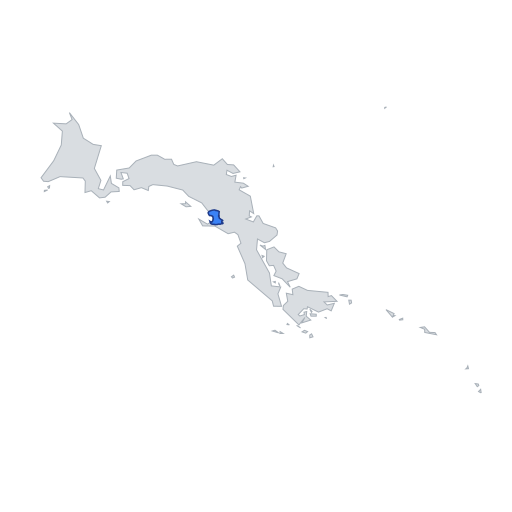 Japan, with Toyama highlighted, rotated 260°
{"feature_id": "JPN-1846", "entity_name": "Toyama", "entity_type": "Prefecture", "adm_level": 1, "iso_a3": "JPN", "parent_name": "Japan", "parent_adm1": "", "projection": "robinson", "projection_center": [137.15, 36.624], "detail": "fine", "context": "in_parent", "style": "filled", "palette": "blue", "viewbox_px": 512, "rotation_deg": 260, "n_neighbors": 0, "source": "natural_earth", "source_scale": "10m", "svg_char_len": 5369}
<svg xmlns="http://www.w3.org/2000/svg" viewBox="0 0 512 512"><g transform="rotate(260 256 256)"><path d="M356.9,131.9L364.8,133.8L364.7,146.4L370.4,154.4L373.5,170.5L372.4,176.4L367.1,182.9L366.0,189.6L360.5,190.9L358.3,194.4L359.2,213.7L352.8,230.2L357.6,239.7L351.1,243.7L349.6,249.8L341.7,254.8L341.3,247.7L345.5,242.3L341.4,240.9L338.6,245.6L339.0,250.4L332.4,248.0L329.9,256.2L326.0,260.4L325.4,253.7L327.0,252.8L324.1,250.9L315.9,260.8L298.2,261.1L301.6,257.5L296.7,256.3L295.3,258.2L294.2,252.3L290.0,259.3L295.4,263.8L295.0,265.9L286.8,268.7L280.3,280.2L276.8,281.6L273.0,280.3L268.0,271.8L267.6,266.6L272.5,260.4L262.0,257.6L236.9,266.3L223.9,265.9L221.2,275.0L214.9,271.0L202.0,272.4L203.5,264.6L209.0,264.2L233.8,243.7L250.3,243.8L268.9,239.3L271.2,243.4L280.2,241.9L283.2,238.9L282.8,232.4L292.6,220.7L294.9,208.7L302.3,206.1L295.8,213.7L297.6,218.9L301.1,220.5L317.7,211.8L326.4,200.1L333.7,195.3L340.3,180.7L344.2,166.8L343.1,162.5L339.2,161.3L343.2,155.0L342.4,147.4L347.2,144.2L348.7,137.0L352.3,137.7L354.3,144.4L359.9,143.5L361.7,137.5L355.0,138.7L355.0,136.6L356.9,131.9ZM399.1,83.5L412.6,87.0L422.0,79.6L419.1,92.0L422.3,98.6L429.6,97.1L416.2,104.2L402.0,106.4L394.2,115.0L391.5,122.8L370.3,112.0L357.4,116.4L349.7,112.4L347.5,117.3L360.1,126.4L352.6,126.2L346.9,132.8L343.3,132.5L344.3,124.4L340.1,117.6L340.4,112.0L348.9,105.1L348.2,98.6L359.4,100.9L362.9,99.1L368.2,76.8L365.3,64.3L366.5,59.8L370.4,57.9L384.9,73.3L399.1,83.5ZM205.9,279.4L214.1,279.4L211.5,285.6L217.1,285.9L218.7,292.9L213.2,300.7L207.7,320.6L203.5,320.0L203.9,323.4L197.3,327.9L199.0,315.0L195.4,317.6L195.8,324.9L188.9,320.5L191.7,316.9L189.9,307.8L197.1,297.9L194.9,297.1L195.8,293.9L191.0,287.4L189.3,288.8L189.9,293.5L192.3,293.5L192.5,296.3L188.0,295.0L183.4,298.8L182.2,289.6L187.0,293.5L180.7,286.3L198.8,273.3L202.5,274.4L205.9,279.4ZM249.5,265.5L260.3,267.7L261.8,275.3L256.1,279.3L253.0,286.1L244.4,281.1L239.0,284.0L231.2,295.4L226.4,292.3L225.3,282.6L219.3,284.3L229.0,277.8L233.6,270.2L237.6,273.2L243.7,271.7L244.1,267.4L249.5,265.5ZM157.0,409.7L150.7,413.6L149.5,419.0L147.1,420.1L151.4,408.9L154.5,409.4L157.1,405.4L157.0,409.7ZM321.6,196.0L316.2,200.4L316.6,195.7L320.4,191.3L319.7,195.8L321.6,196.0ZM180.6,374.7L175.3,382.0L172.1,379.7L180.6,374.7ZM188.2,305.2L186.3,304.9L187.2,299.7L189.7,299.3L188.2,305.2ZM264.9,266.6L260.8,266.5L266.1,261.8L264.5,264.5L264.9,266.6ZM196.0,342.0L193.2,342.0L192.3,339.7L196.4,339.7L196.0,342.0ZM179.6,261.8L176.3,265.0L179.3,259.1L179.6,261.8ZM201.4,339.5L200.0,338.6L203.1,331.4L203.0,334.9L201.4,339.5ZM166.1,294.8L168.8,295.2L169.7,297.2L166.5,298.1L166.1,294.8ZM177.4,266.6L175.0,269.3L175.5,266.0L177.4,266.6ZM85.7,454.1L82.4,454.0L82.4,453.4L83.9,451.6L85.7,454.1ZM241.0,230.7L238.9,231.2L238.4,229.1L239.8,228.2L241.0,230.7ZM172.6,293.7L171.4,291.6L173.3,288.2L174.4,290.8L172.6,293.7ZM92.3,449.7L91.3,452.7L89.7,452.9L88.9,451.2L92.3,449.7ZM169.3,389.7L167.7,389.5L167.9,386.3L168.6,386.1L169.3,389.7ZM361.1,65.0L358.8,64.4L358.7,63.4L360.4,62.9L361.1,65.0ZM194.3,299.8L191.6,301.6L190.8,300.8L194.3,299.8ZM335.1,121.0L334.0,119.1L335.9,118.4L335.1,121.0ZM222.2,274.4L223.9,273.7L225.9,273.6L222.2,274.4ZM357.4,59.0L357.2,62.3L356.2,58.7L357.4,59.0ZM179.6,285.4L177.4,287.4L180.6,283.9L179.6,285.4ZM111.0,445.5L108.1,445.7L108.4,443.0L109.2,444.3L111.0,445.5ZM184.1,275.2L182.4,276.9L183.1,274.6L184.1,275.2ZM255.5,262.0L254.3,264.0L253.2,262.2L255.5,262.0ZM173.6,381.1L173.1,382.5L172.5,380.8L173.6,381.1ZM335.2,257.4L334.7,259.0L334.3,257.4L335.2,257.4ZM183.4,314.3L182.1,314.7L183.4,313.4L183.4,314.3ZM227.5,268.7L227.6,270.6L226.2,270.3L227.5,268.7ZM342.4,289.0L340.9,289.3L340.9,288.4L342.4,289.0ZM380.0,408.6L380.1,410.4L379.1,408.4L380.0,408.6Z" fill="#d9dde1" stroke="#a8b0b8" stroke-width="1"/><path d="M298.0,216.7L297.7,217.0L297.7,217.5L297.1,218.3L297.4,218.9L298.1,219.4L298.6,219.8L299.3,220.0L299.7,220.3L300.4,220.4L301.0,220.3L301.9,220.4L302.5,220.3L302.7,219.9L303.2,219.6L303.4,219.1L303.6,218.8L303.7,218.4L303.8,218.2L303.7,217.8L303.9,217.3L304.2,217.1L305.0,216.7L306.4,216.4L306.8,216.3L307.2,216.8L307.7,217.1L307.9,217.3L308.1,217.5L308.6,220.1L308.7,222.1L308.6,222.5L308.6,222.9L308.5,223.3L308.5,223.5L308.2,223.9L307.9,224.1L307.8,224.3L307.7,224.5L307.8,224.7L307.8,224.9L307.7,225.1L307.5,225.4L307.3,225.8L307.0,226.4L306.9,226.6L306.8,226.8L306.3,227.2L306.1,227.5L305.5,227.3L304.7,227.0L303.7,226.8L303.3,226.7L302.8,226.4L302.6,226.3L302.4,226.4L302.2,226.5L301.9,226.7L301.7,226.6L301.7,226.4L301.8,226.2L301.7,226.1L301.4,226.1L300.4,226.5L300.2,226.5L299.8,226.4L299.6,226.5L299.4,226.6L298.6,227.5L298.3,227.7L298.1,227.8L297.9,228.0L297.8,228.4L297.7,228.6L297.4,228.8L296.9,229.3L296.6,229.4L296.4,229.2L296.5,228.9L296.5,228.7L296.4,228.6L296.1,228.3L295.7,228.2L295.0,228.1L294.8,228.2L294.6,228.4L294.6,228.7L294.5,228.9L294.4,229.1L294.2,229.2L293.8,229.1L293.6,228.5L293.7,228.3L293.8,227.8L293.8,227.5L293.7,227.2L293.5,226.7L293.6,226.3L293.7,225.3L293.8,225.0L293.9,224.7L293.9,224.4L293.9,224.2L293.8,223.6L293.7,223.3L293.7,222.9L294.0,222.1L294.0,221.9L293.9,221.6L293.9,221.4L293.9,221.1L294.0,221.0L294.3,220.7L294.6,219.8L294.6,219.4L294.7,219.1L295.1,218.0L295.3,217.7L295.7,217.3L295.8,217.1L296.0,217.0L296.4,217.0L296.5,217.0L297.0,216.8L297.2,216.7L297.4,216.8L298.0,216.7L298.0,216.7Z" fill="#3b82f6" stroke="#1e3a8a" stroke-width="1.5"/></g></svg>